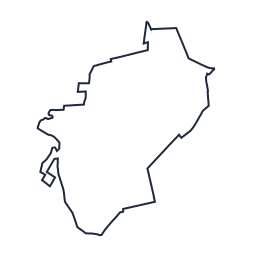 the district of Zerind, Arad, Romania, rotated 264°
{"feature_id": "2599482B52549307092918", "entity_name": "Zerind", "entity_type": "district", "adm_level": 2, "iso_a3": "ROU", "parent_name": "Romania", "parent_adm1": "Arad", "projection": "albers", "projection_center": [21.492, 46.616], "detail": "fine", "context": "isolated", "style": "outline", "palette": "slate", "viewbox_px": 256, "rotation_deg": 264, "n_neighbors": 0, "source": "geoboundaries", "source_scale": "gbopen_adm2", "svg_char_len": 4012}
<svg xmlns="http://www.w3.org/2000/svg" viewBox="0 0 256 256"><g transform="rotate(264 128 128)"><path d="M222.3,186.4L222.5,185.0L222.5,183.4L223.8,162.4L223.5,161.9L223.3,161.4L226.2,160.5L227.8,159.9L230.6,158.9L230.8,158.8L231.2,158.2L231.6,157.6L231.4,157.5L226.2,156.3L215.0,153.5L212.6,153.0L210.4,152.4L211.1,155.9L211.2,156.8L210.8,156.7L209.8,156.6L206.3,156.2L203.4,155.8L202.0,145.2L199.3,126.2L198.4,118.0L195.9,118.3L195.3,113.5L194.4,107.8L194.0,105.6L193.5,102.8L193.4,101.7L193.2,101.0L193.1,100.5L193.0,100.4L192.7,100.1L192.3,99.8L190.8,98.9L188.7,97.6L186.5,96.1L185.6,95.5L185.2,95.4L182.4,95.2L176.6,93.9L177.5,84.7L177.7,83.8L172.1,82.5L169.8,81.9L169.2,81.8L169.1,82.9L168.7,89.8L166.0,89.5L163.8,89.2L162.5,89.1L162.2,89.0L159.9,87.9L158.4,87.2L157.8,87.0L155.9,86.6L156.7,68.9L156.8,66.8L152.8,65.8L153.0,64.7L153.1,62.5L153.1,60.6L153.2,59.5L153.4,57.8L153.8,55.6L153.9,54.1L154.0,52.8L153.5,52.3L152.9,51.7L152.1,51.2L151.4,50.8L151.0,50.6L150.4,50.5L149.9,50.5L149.6,50.6L149.2,50.9L149.1,51.1L148.9,51.3L148.9,51.5L148.6,52.6L148.3,53.5L148.1,53.8L147.8,54.0L147.4,54.1L146.9,54.2L146.7,54.2L146.4,54.2L146.2,54.0L146.1,53.8L146.0,53.7L145.9,53.5L145.9,53.3L145.9,53.0L145.9,52.6L145.8,52.1L145.6,51.4L145.5,50.7L145.3,50.2L145.2,49.8L145.3,49.3L145.4,49.0L145.5,48.8L145.7,48.5L146.1,48.2L146.4,47.8L146.6,47.4L146.6,47.1L146.6,46.9L146.4,46.5L146.3,46.2L146.1,45.8L145.8,45.4L145.4,44.7L145.2,44.3L145.1,44.0L145.0,43.2L144.9,42.7L144.7,42.4L144.5,42.0L144.3,41.7L144.1,41.5L143.9,41.3L143.7,41.2L143.2,40.9L142.9,40.6L142.7,40.4L142.1,40.1L141.5,39.9L140.4,39.4L140.0,39.2L139.5,38.9L139.0,38.7L138.6,38.5L138.3,38.5L138.0,38.4L137.6,38.3L137.1,38.2L136.9,38.3L136.2,39.3L133.9,42.3L132.4,44.3L131.5,45.5L130.6,46.7L129.9,47.7L129.7,48.0L129.5,48.6L129.3,49.4L129.0,50.3L128.7,50.9L128.4,51.5L127.8,52.4L127.2,53.2L126.9,53.6L124.2,55.8L122.3,57.2L121.6,57.6L121.3,57.8L120.9,58.0L120.5,58.2L120.0,58.2L117.1,57.8L114.8,57.5L114.5,57.3L112.6,54.9L113.2,54.7L113.9,54.4L115.3,53.9L116.1,53.5L116.4,52.8L116.4,51.9L116.2,51.2L115.8,50.4L115.1,50.2L113.2,49.5L111.5,48.8L110.3,47.9L109.1,47.1L108.1,46.0L107.2,45.3L106.1,44.4L105.4,43.8L104.7,42.9L103.8,41.7L102.8,40.1L101.8,39.1L101.2,38.8L100.6,38.6L99.4,38.3L97.3,37.5L94.8,36.7L93.5,36.2L90.2,40.8L88.7,39.7L86.8,38.3L85.2,37.0L82.5,39.9L78.2,44.2L80.1,45.7L86.5,50.3L92.7,42.7L95.6,44.7L101.6,49.1L105.0,51.6L105.0,55.0L103.9,54.8L101.6,54.6L99.1,54.3L98.8,54.2L98.4,54.1L97.9,54.0L97.4,53.9L97.1,53.9L96.0,53.9L94.9,54.0L94.3,54.0L93.9,54.0L92.7,54.0L92.1,54.0L91.2,54.0L90.6,54.0L89.9,54.0L89.5,54.0L89.2,54.1L88.1,54.3L86.0,54.8L84.9,55.0L83.7,55.2L81.8,55.6L79.1,56.2L76.2,56.8L74.2,57.2L73.3,57.3L73.1,57.3L72.0,57.4L71.9,57.4L70.6,57.5L68.1,57.5L65.4,57.5L61.8,57.6L61.5,57.5L61.1,57.6L59.6,58.5L57.2,59.7L54.9,61.0L54.0,61.5L52.5,62.3L50.1,63.5L49.4,64.0L48.9,64.0L46.6,64.6L44.0,65.2L41.4,65.8L40.5,66.0L38.1,66.5L35.7,67.1L34.8,67.2L33.0,69.2L31.3,71.1L29.5,73.1L27.7,75.0L27.2,78.2L26.8,81.3L26.1,84.2L25.3,86.9L24.6,88.0L24.4,88.5L24.4,90.5L24.7,90.7L28.4,93.8L30.5,95.7L37.5,103.1L40.9,107.1L42.9,109.2L44.9,111.2L45.2,114.4L48.0,114.7L49.5,127.5L51.8,147.1L55.6,146.6L56.2,146.5L56.3,146.7L60.2,146.2L79.2,143.9L85.7,143.1L86.3,143.8L106.7,167.2L114.7,176.6L116.0,178.0L113.9,179.3L113.2,179.8L112.7,180.1L116.4,186.1L116.6,186.3L117.6,188.2L118.4,189.2L118.5,189.6L119.5,190.6L121.0,192.2L122.2,193.2L125.0,195.5L128.2,197.8L131.4,200.1L133.5,201.6L134.8,202.6L135.8,203.1L137.6,204.6L139.0,206.7L140.9,209.4L141.6,210.6L149.9,210.8L155.8,211.0L156.1,211.2L156.3,211.4L156.6,211.4L157.5,211.3L161.8,211.1L163.8,210.9L165.9,210.7L166.9,210.7L169.5,210.8L170.0,210.8L170.4,211.0L173.7,212.5L173.1,213.3L172.9,213.7L172.8,214.0L172.9,214.5L173.2,214.8L175.6,217.6L176.6,218.6L177.0,219.1L177.2,219.4L177.2,219.6L177.3,219.8L178.4,219.8L178.5,218.4L178.8,216.6L179.6,214.2L180.3,212.8L183.7,207.1L190.7,195.9L190.9,195.6L206.9,191.0L214.5,188.7L222.3,186.4Z" fill="none" stroke="#1e293b" stroke-width="2"/></g></svg>